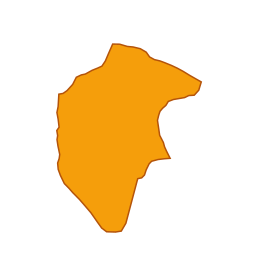 Guarani d'Oeste, São Paulo, Brazil (Equal Earth projection), rotated 139°
{"feature_id": "56859067B14528332437020", "entity_name": "Guarani d'Oeste", "entity_type": "district", "adm_level": 2, "iso_a3": "BRA", "parent_name": "Brazil", "parent_adm1": "São Paulo", "projection": "equal_earth", "projection_center": [-50.352, -20.063], "detail": "fine", "context": "isolated", "style": "filled", "palette": "amber", "viewbox_px": 256, "rotation_deg": 139, "n_neighbors": 0, "source": "geoboundaries", "source_scale": "gbopen_adm2", "svg_char_len": 1071}
<svg xmlns="http://www.w3.org/2000/svg" viewBox="0 0 256 256"><g transform="rotate(139 128 128)"><path d="M84.5,201.4L93.8,197.0L101.2,193.4L107.1,191.8L111.5,193.1L117.3,195.1L124.8,196.7L128.4,198.7L133.7,200.2L141.1,197.2L149.5,196.2L154.3,196.7L158.0,198.9L166.7,190.0L171.5,186.3L175.0,180.4L179.5,173.8L183.4,172.8L186.1,168.4L189.2,165.8L192.7,160.3L196.9,152.8L200.0,150.1L204.1,147.7L207.8,142.6L210.1,136.6L212.5,127.8L212.1,121.5L212.1,115.5L211.5,106.1L211.5,97.5L211.6,88.4L212.9,76.2L213.5,69.7L212.2,63.7L205.7,57.7L200.7,54.6L192.1,57.5L153.9,83.4L150.4,81.4L146.4,81.7L141.7,84.5L135.6,87.1L132.0,87.4L126.0,84.5L120.7,80.9L116.1,77.5L114.1,85.3L112.8,89.7L110.8,93.9L108.9,101.7L104.4,108.7L100.7,114.5L96.3,117.6L92.9,119.6L88.9,120.2L84.6,120.2L80.2,121.6L75.0,119.7L65.3,113.8L60.8,112.6L56.5,109.3L49.8,110.1L42.5,114.7L44.9,121.5L46.9,127.2L49.2,134.5L51.5,140.7L54.2,146.8L57.5,153.3L59.9,157.7L63.2,162.3L65.1,167.5L64.5,173.3L66.7,179.8L71.0,185.8L75.0,190.0L79.3,196.7L84.5,201.4Z" fill="#f59e0b" stroke="#b45309" stroke-width="1.5"/></g></svg>